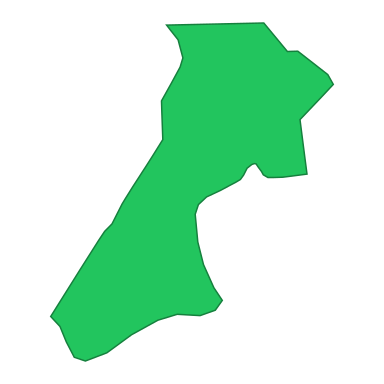 Damso, Southern Darfur, Sudan (Robinson projection)
{"feature_id": "16777658B98541328968966", "entity_name": "Damso", "entity_type": "district", "adm_level": 2, "iso_a3": "SDN", "parent_name": "Sudan", "parent_adm1": "Southern Darfur", "projection": "robinson", "projection_center": [24.528, 10.758], "detail": "fine", "context": "isolated", "style": "filled", "palette": "green", "viewbox_px": 384, "rotation_deg": 0, "n_neighbors": 0, "source": "geoboundaries", "source_scale": "gbopen_adm2", "svg_char_len": 905}
<svg xmlns="http://www.w3.org/2000/svg" viewBox="0 0 384 384"><path d="M304.8,157.2L300.0,119.6L321.3,97.2L333.3,84.4L327.8,74.6L297.8,51.2L287.4,51.5L263.8,23.0L166.6,25.1L170.2,29.8L178.1,39.8L182.9,57.9L180.1,67.1L171.7,82.6L161.5,100.9L161.8,110.8L162.8,139.6L161.3,142.0L153.9,153.9L149.4,161.0L145.9,166.5L142.7,171.4L139.1,177.0L133.0,186.4L125.3,198.7L122.1,204.0L112.0,223.9L104.7,231.3L98.7,240.3L80.5,269.0L50.7,316.5L60.0,326.5L66.3,341.9L74.3,357.3L85.4,361.0L106.9,352.8L131.6,334.7L157.9,320.2L177.2,314.3L200.1,315.6L215.3,310.2L222.3,300.4L213.9,287.8L203.5,264.6L197.8,242.0L195.2,214.3L198.4,204.6L206.6,196.9L220.5,190.4L229.4,185.6L235.7,182.3L240.4,179.5L243.6,175.1L247.1,168.2L251.8,164.5L254.3,163.6L256.1,163.9L258.3,167.2L261.5,171.5L263.3,174.8L267.9,177.5L273.7,177.5L282.8,177.2L292.4,176.0L307.0,174.1L304.8,157.2Z" fill="#22c55e" stroke="#15803d" stroke-width="1.5"/></svg>